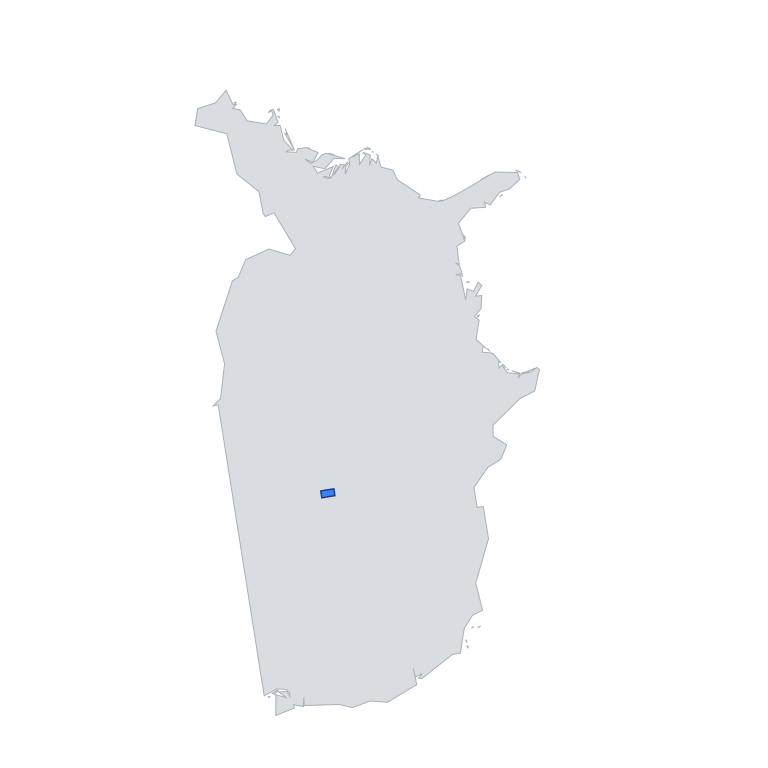 Platte, Wyoming, United States of America shown in context, rotated 261°
{"feature_id": "52423323B10745128223313", "entity_name": "Platte", "entity_type": "district", "adm_level": 2, "iso_a3": "USA", "parent_name": "United States of America", "parent_adm1": "Wyoming", "projection": "natural_earth1", "projection_center": [-105.065, 42.131], "detail": "fine", "context": "in_parent", "style": "filled", "palette": "blue", "viewbox_px": 768, "rotation_deg": 261, "n_neighbors": 0, "source": "geoboundaries", "source_scale": "gbopen_adm2", "svg_char_len": 3996}
<svg xmlns="http://www.w3.org/2000/svg" viewBox="0 0 768 768"><g transform="rotate(261 384 384)"><path d="M614.4,271.6L655.7,267.9L668.8,237.8L685.1,243.0L688.1,261.6L698.9,274.0L683.6,278.5L683.2,281.9L680.0,277.6L677.0,285.0L665.3,290.0L659.2,308.6L667.1,316.6L671.6,315.7L670.0,312.2L671.7,313.8L672.5,317.7L659.3,320.4L656.3,316.1L655.6,321.9L640.2,323.2L629.2,330.7L630.0,326.4L628.6,323.7L626.5,333.8L629.9,335.6L629.7,344.1L622.8,355.1L614.0,348.3L618.3,341.4L613.1,346.2L616.0,353.8L619.9,358.2L620.9,363.2L612.6,381.0L614.6,369.8L605.9,359.2L610.1,348.0L602.6,351.4L606.7,367.9L598.9,362.9L596.3,363.4L598.2,358.2L597.9,356.7L595.7,360.7L595.9,364.2L607.9,370.6L605.6,373.6L600.0,367.8L598.0,366.8L605.0,373.8L607.8,375.1L606.5,379.3L602.8,376.1L608.8,382.4L607.5,383.3L604.6,380.1L597.5,378.5L606.6,384.6L612.1,384.4L618.8,399.7L613.1,387.9L615.2,395.6L604.7,394.0L612.7,401.6L616.2,399.4L612.1,406.3L602.1,403.8L608.4,407.5L603.4,410.9L609.7,413.5L598.8,415.0L593.8,426.2L583.6,429.2L565.1,449.4L562.4,447.2L556.0,465.8L555.6,470.4L559.6,484.6L576.0,526.6L572.0,548.9L564.8,550.2L557.1,538.3L555.3,528.3L544.3,516.9L547.7,511.8L542.6,512.0L544.0,497.3L531.2,482.7L512.5,486.2L508.8,477.6L490.3,476.9L492.5,473.6L489.4,476.9L481.1,478.4L480.7,471.9L479.5,476.5L454.1,477.8L465.0,481.0L461.5,487.0L470.0,492.9L465.9,496.0L456.5,488.2L456.1,494.3L443.5,491.7L436.3,484.0L432.1,487.9L413.7,481.9L403.2,490.3L405.9,488.0L400.1,485.9L397.4,496.3L386.4,503.0L389.0,500.9L381.6,499.9L384.2,503.4L375.8,507.8L372.7,519.3L368.8,517.5L372.2,520.6L372.9,531.2L376.5,537.6L374.0,539.8L353.4,531.7L348.5,516.2L326.4,485.3L315.2,483.6L304.7,495.7L291.4,487.7L285.4,473.4L267.8,456.7L247.5,456.6L247.4,462.9L214.8,463.0L172.9,443.4L145.2,446.0L141.7,435.2L130.2,425.1L106.1,417.2L106.3,409.5L87.2,375.5L88.0,372.0L92.0,376.5L89.7,369.0L98.6,368.4L82.0,369.3L69.1,337.6L73.1,320.8L69.3,302.0L74.5,289.8L78.9,254.9L87.2,255.8L78.1,254.0L81.3,244.7L78.1,244.8L73.6,225.3L94.0,228.6L89.3,238.9L96.4,231.6L95.3,240.1L90.3,242.2L93.8,242.6L97.8,239.1L99.6,230.3L94.8,216.9L389.3,217.0L389.1,211.8L395.2,220.3L428.9,229.7L462.3,226.3L509.7,250.4L512.1,256.7L528.5,266.9L535.3,291.4L525.8,311.3L531.4,317.8L570.4,302.1L567.9,292.9L571.4,291.3L593.5,290.6L614.4,271.6ZM645.3,327.4L651.9,326.3L628.9,332.2L647.6,325.1L645.3,327.4ZM95.9,225.2L98.3,230.7L98.0,231.5L94.5,227.4L95.9,225.2ZM376.1,535.8L373.2,526.5L373.3,521.2L373.8,526.7L376.1,535.8ZM685.3,279.2L685.6,282.0L684.4,281.4L685.3,279.2ZM436.6,486.7L437.2,488.9L435.1,487.2L436.6,486.7ZM115.3,425.8L118.1,424.6L118.3,424.9L115.3,425.8ZM112.3,425.0L111.2,426.5L110.3,425.1L112.3,425.0ZM665.5,320.8L663.8,322.6L663.3,322.2L665.5,320.8ZM374.8,516.3L373.3,520.5L377.0,512.4L374.8,516.3ZM571.1,512.7L574.2,521.0L570.6,511.9L571.1,512.7ZM129.3,432.7L130.5,434.9L129.2,432.9L129.3,432.7ZM573.3,550.1L571.1,552.8L574.6,547.2L573.3,550.1ZM620.1,405.0L617.8,408.1L619.2,400.4L620.1,405.0ZM93.4,220.8L93.3,222.4L92.2,221.6L93.4,220.8ZM384.4,505.1L380.4,507.0L384.5,504.5L384.4,505.1ZM672.0,321.6L672.1,323.7L670.0,323.2L672.0,321.6ZM129.1,438.9L129.9,441.7L128.7,439.2L129.1,438.9ZM379.5,508.6L377.9,509.6L379.3,508.0L379.5,508.6ZM620.2,366.6L617.9,370.9L620.4,365.0L620.2,366.6ZM402.1,492.2L399.5,493.8L403.2,491.0L402.1,492.2ZM556.6,468.0L556.3,471.4L555.9,469.0L556.6,468.0ZM610.7,414.0L609.9,414.7L612.3,412.1L610.7,414.0ZM519.2,485.4L516.2,487.2L514.9,486.8L519.2,485.4ZM479.8,477.8L479.3,478.4L477.5,478.3L479.8,477.8ZM551.9,528.6L552.4,531.1L551.3,528.1L551.9,528.6ZM471.9,482.6L471.5,484.8L471.2,480.9L471.9,482.6ZM566.5,555.9L564.8,556.2L567.1,555.5L566.5,555.9ZM629.2,345.6L628.2,347.7L629.4,344.7L629.2,345.6ZM615.9,408.8L614.8,409.6L614.6,409.5L615.9,408.8Z" fill="#d9dde1" stroke="#a8b0b8" stroke-width="1"/><path d="M285.6,304.8L284.6,304.8L283.1,304.8L282.7,304.8L281.3,304.8L281.3,305.1L281.3,307.3L281.4,312.0L281.4,316.8L281.4,318.0L288.3,318.1L288.3,308.6L288.2,304.8L285.6,304.8Z" fill="#3b82f6" stroke="#1e3a8a" stroke-width="1.5"/></g></svg>